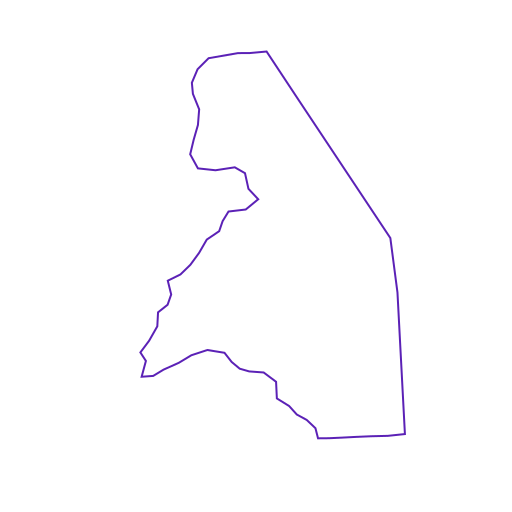 outline of Carrapateira, Paraíba, Brazil, rotated 169°
{"feature_id": "56859067B41888191918585", "entity_name": "Carrapateira", "entity_type": "district", "adm_level": 2, "iso_a3": "BRA", "parent_name": "Brazil", "parent_adm1": "Paraíba", "projection": "mercator", "projection_center": [-38.322, -7.048], "detail": "fine", "context": "isolated", "style": "outline", "palette": "violet", "viewbox_px": 512, "rotation_deg": 169, "n_neighbors": 0, "source": "geoboundaries", "source_scale": "gbopen_adm2", "svg_char_len": 888}
<svg xmlns="http://www.w3.org/2000/svg" viewBox="0 0 512 512"><g transform="rotate(169 256 256)"><path d="M391.3,159.3L379.8,157.9L368.4,162.1L352.1,165.9L338.4,170.9L321.7,173.0L305.4,167.0L300.1,156.6L293.5,148.5L284.7,144.0L270.7,140.2L260.3,128.7L262.7,112.2L252.1,102.4L246.2,92.6L237.5,85.4L230.5,75.6L229.9,65.2L219.1,63.2L206.2,61.3L192.7,59.4L177.4,57.1L160.9,54.3L143.8,52.8L124.1,193.2L120.7,248.0L184.4,401.0L206.6,454.7L223.3,456.4L235.0,458.6L264.8,459.2L277.7,450.5L285.9,438.3L287.0,427.2L283.8,410.8L288.0,395.7L295.0,382.0L301.2,368.4L296.3,353.1L279.4,347.9L259.9,347.1L251.0,339.4L250.6,323.4L243.0,311.3L257.2,303.6L274.5,304.9L282.1,296.6L287.4,287.4L301.2,281.5L311.3,269.9L322.1,259.9L333.7,252.3L347.3,248.6L346.6,234.4L352.1,225.0L362.9,219.4L366.3,205.8L377.1,193.2L387.9,183.4L384.1,174.0L391.3,159.3Z" fill="none" stroke="#5b21b6" stroke-width="2"/></g></svg>